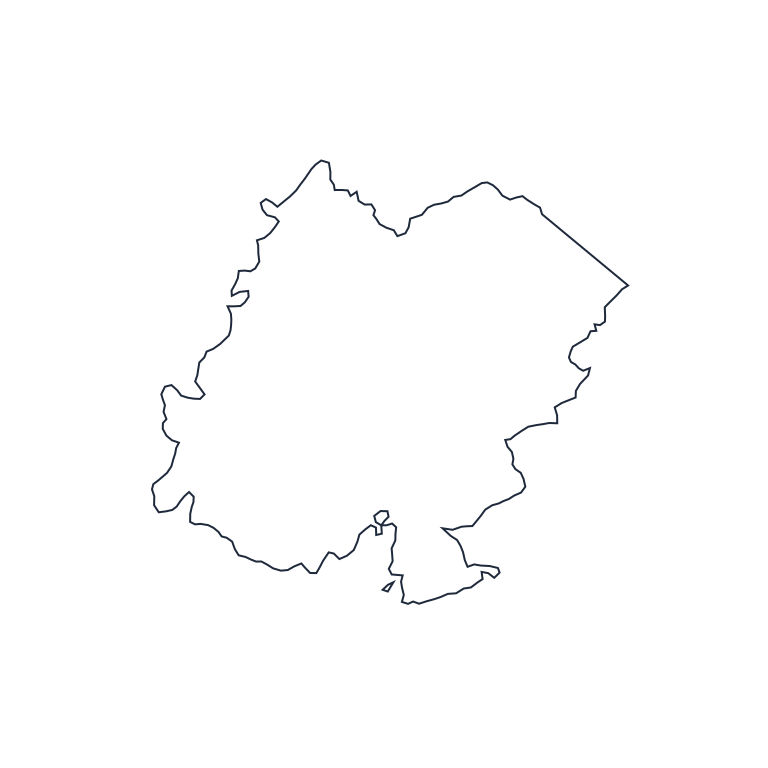 Três Barras, Santa Catarina, Brazil (Albers equal-area conic projection), rotated 238°
{"feature_id": "56859067B37392736639425", "entity_name": "Três Barras", "entity_type": "district", "adm_level": 2, "iso_a3": "BRA", "parent_name": "Brazil", "parent_adm1": "Santa Catarina", "projection": "albers", "projection_center": [-50.264, -26.169], "detail": "fine", "context": "isolated", "style": "outline", "palette": "slate", "viewbox_px": 768, "rotation_deg": 238, "n_neighbors": 0, "source": "geoboundaries", "source_scale": "gbopen_adm2", "svg_char_len": 3648}
<svg xmlns="http://www.w3.org/2000/svg" viewBox="0 0 768 768"><g transform="rotate(238 384 384)"><path d="M369.8,146.5L365.1,149.4L362.5,154.4L357.6,160.0L352.4,163.2L346.1,165.3L340.8,165.5L337.0,169.1L330.8,171.7L322.9,170.0L315.7,170.0L310.6,175.0L305.7,178.1L301.2,181.4L298.5,185.9L293.0,189.1L286.4,192.3L280.4,197.6L277.2,203.8L276.9,211.3L275.6,218.8L270.0,219.7L262.9,221.2L259.5,226.4L262.6,232.3L266.4,238.7L270.5,247.9L266.8,251.6L259.2,253.4L258.0,261.6L259.2,270.4L264.3,277.8L269.3,283.3L270.6,291.0L271.2,298.0L266.5,301.1L260.1,297.4L258.2,302.8L265.6,306.8L262.7,311.6L261.4,316.9L256.1,318.4L250.8,314.3L245.3,310.7L240.6,303.4L236.1,301.1L229.1,297.4L224.7,290.1L218.4,289.6L211.8,298.4L207.3,293.7L201.8,291.4L194.6,289.0L189.7,283.7L184.8,287.9L184.1,293.4L179.1,297.3L177.2,304.9L174.9,312.6L173.3,319.4L172.2,326.9L168.3,334.2L168.3,343.2L165.4,349.9L166.2,358.7L166.3,364.2L172.9,367.2L168.4,372.1L161.2,374.8L162.8,382.1L167.6,383.1L173.6,377.2L178.8,369.8L183.2,364.9L184.7,358.0L191.8,359.2L199.5,361.9L206.1,363.1L213.0,363.3L219.8,360.1L230.6,357.2L224.0,364.9L221.9,374.1L219.5,378.8L216.7,383.7L218.7,389.7L220.9,396.2L223.8,403.3L223.8,411.6L221.9,418.0L221.4,423.5L220.3,428.9L220.4,435.3L219.3,442.7L222.0,449.4L229.4,452.0L236.2,452.9L242.2,450.3L247.8,450.3L252.0,454.1L258.5,456.4L265.4,455.5L272.3,457.2L270.2,462.0L271.0,467.6L271.3,476.1L271.3,483.8L268.3,491.7L265.7,497.6L263.4,503.4L258.9,510.1L265.7,514.2L273.7,516.4L273.7,524.7L272.3,532.4L271.0,539.3L276.5,543.1L280.2,550.4L283.1,561.6L288.4,567.1L289.7,559.9L294.2,557.5L299.2,556.6L303.6,554.2L308.5,554.9L312.7,559.6L315.6,563.9L315.4,572.7L315.3,581.0L319.3,587.1L316.6,592.2L323.0,594.2L319.5,598.4L319.8,604.4L324.2,607.4L332.1,611.9L333.9,619.4L335.9,628.4L338.2,636.1L338.2,643.2L444.2,608.0L450.9,609.8L457.0,606.5L464.4,603.0L469.9,601.0L472.0,595.1L473.6,588.6L481.0,584.2L488.6,583.6L494.9,581.7L500.2,578.4L502.6,573.4L502.8,565.8L503.1,557.0L502.8,549.5L505.8,542.2L504.8,534.9L506.8,528.1L509.5,521.4L510.3,514.4L507.4,505.8L510.3,493.8L503.8,487.9L500.5,482.0L502.3,473.7L509.2,473.8L515.3,468.8L522.0,465.0L527.7,465.0L532.8,464.5L536.1,468.5L543.0,468.5L546.4,462.7L552.8,459.5L561.5,462.7L561.2,455.3L567.3,455.9L570.5,451.6L574.6,445.0L579.7,447.1L585.8,446.8L592.2,450.9L600.8,454.5L606.8,449.2L606.3,442.1L604.7,436.3L600.2,426.0L597.3,418.3L594.7,412.1L592.9,403.9L591.6,393.7L590.8,387.5L597.1,385.4L603.4,381.9L602.9,375.4L596.3,373.4L589.2,374.2L583.2,379.8L577.6,380.9L574.9,374.8L572.3,367.5L571.3,359.9L573.2,352.4L568.1,350.7L561.3,346.6L553.9,343.1L550.2,336.0L550.4,330.4L553.9,326.1L556.8,320.8L551.1,316.0L547.4,310.4L544.0,304.2L539.4,301.7L538.6,310.4L534.9,318.1L529.7,315.4L527.0,309.2L526.2,303.7L529.1,298.4L532.8,292.5L524.7,291.4L519.4,288.6L514.9,285.5L511.0,282.4L507.3,278.1L506.2,272.8L504.8,266.3L504.3,257.6L505.5,250.7L501.8,245.8L500.1,238.8L494.4,233.8L490.5,230.5L486.2,225.2L477.7,225.8L470.3,226.3L468.8,220.1L472.3,215.0L476.4,210.3L481.7,205.8L488.3,205.3L495.7,203.2L497.8,196.8L493.3,189.7L487.8,188.2L482.1,187.0L477.2,182.3L469.5,180.9L468.0,175.8L463.2,172.6L455.6,172.1L448.7,174.3L442.9,179.0L439.8,173.8L435.6,170.0L432.4,166.1L426.8,160.0L423.6,152.9L422.6,146.4L421.8,141.1L421.3,135.3L417.6,131.4L410.5,129.7L403.1,124.8L394.6,125.0L391.5,131.7L389.4,137.7L389.9,143.2L392.5,149.0L394.6,155.2L395.7,161.4L389.3,162.9L384.9,159.9L381.7,155.9L376.6,150.9L369.8,146.5ZM265.6,306.8L271.2,303.9L277.3,305.8L278.1,313.7L274.3,319.5L269.0,317.5L267.7,312.0L265.6,306.8ZM206.0,277.2L210.9,286.9L211.6,280.9L210.2,273.8L206.0,277.2Z" fill="none" stroke="#1e293b" stroke-width="2"/></g></svg>